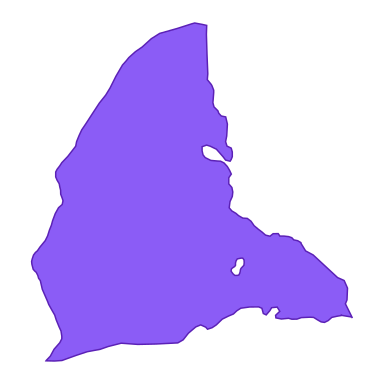 Åre, Jämtland, Sweden
{"feature_id": "70781695B29171482831525", "entity_name": "Åre", "entity_type": "district", "adm_level": 2, "iso_a3": "SWE", "parent_name": "Sweden", "parent_adm1": "Jämtland", "projection": "albers", "projection_center": [13.184, 63.496], "detail": "fine", "context": "isolated", "style": "filled", "palette": "violet", "viewbox_px": 384, "rotation_deg": 0, "n_neighbors": 0, "source": "geoboundaries", "source_scale": "gbopen_adm2", "svg_char_len": 2820}
<svg xmlns="http://www.w3.org/2000/svg" viewBox="0 0 384 384"><path d="M251.0,221.2L247.3,218.4L242.8,218.1L238.5,215.6L236.0,213.4L231.8,210.9L229.2,207.8L230.0,201.6L232.3,196.5L232.8,192.0L231.9,187.5L228.8,183.9L228.8,177.7L231.3,174.1L229.6,170.4L227.3,166.5L224.0,162.9L220.6,161.2L217.2,161.0L210.8,160.4L205.2,157.6L203.0,154.8L202.1,150.7L202.1,146.7L206.6,145.1L210.2,146.2L216.4,149.2L219.7,152.9L223.1,156.8L225.6,160.1L230.1,161.2L231.2,159.5L232.3,156.7L232.3,152.0L231.2,148.1L227.0,146.1L225.6,141.7L226.7,136.1L227.4,124.1L225.7,116.9L221.3,116.0L218.8,113.3L217.9,110.8L214.0,106.9L212.9,102.7L213.2,99.1L213.7,92.7L213.7,90.2L212.0,85.8L211.2,84.4L207.3,79.7L207.8,73.9L207.0,54.3L206.4,34.2L206.7,25.4L202.2,24.4L194.7,23.0L191.5,23.9L177.1,28.5L159.7,33.4L151.3,38.7L142.2,47.0L135.5,51.6L128.9,57.5L126.0,61.1L122.5,65.0L115.9,76.3L110.1,87.9L105.7,95.1L99.4,103.0L92.0,114.3L85.9,123.7L81.7,129.9L79.1,135.5L76.6,141.6L75.7,146.2L67.8,156.4L61.8,162.7L59.8,165.8L57.1,169.3L55.7,172.0L55.7,176.9L57.1,180.2L59.2,183.7L59.8,187.0L60.6,190.2L60.7,194.2L62.4,198.7L63.0,200.8L62.2,204.5L58.6,207.6L55.3,213.5L52.6,220.7L51.4,225.2L49.5,229.9L47.6,235.9L45.2,240.7L40.0,247.0L37.4,250.8L35.4,252.5L33.5,255.1L32.2,259.0L31.6,261.5L31.9,264.3L33.2,269.3L34.7,271.0L36.2,272.3L37.8,275.4L38.6,278.3L40.3,280.6L42.3,289.3L47.7,301.7L48.7,304.4L52.1,310.5L54.7,315.0L56.2,319.8L59.1,326.9L61.0,331.0L61.8,336.2L61.8,338.8L59.8,342.7L54.1,349.2L50.3,356.2L46.1,360.6L46.0,360.8L54.5,361.0L62.0,360.5L68.0,358.3L76.4,355.3L87.3,351.7L100.2,349.3L108.2,346.5L121.2,343.2L137.7,344.4L156.0,344.0L177.8,342.9L183.2,339.8L188.4,333.2L195.8,326.9L200.7,324.9L205.8,327.2L207.5,329.2L212.1,327.7L216.3,324.9L222.3,319.1L228.6,316.0L233.4,314.0L236.8,310.8L240.8,308.2L241.6,308.1L249.6,307.0L258.7,306.9L261.9,308.3L263.3,313.5L266.2,314.9L269.9,310.6L271.6,307.7L277.2,307.1L279.8,311.3L275.6,315.3L275.9,317.9L281.4,319.0L288.5,318.3L291.9,319.2L297.0,319.1L301.3,317.6L309.9,317.2L313.6,317.4L317.6,319.9L321.1,321.9L324.5,322.4L328.2,320.6L331.8,317.4L337.2,316.2L341.5,315.5L341.5,315.2L341.8,315.4L351.6,317.0L352.4,318.0L345.4,303.8L347.0,299.9L347.5,288.1L344.2,280.6L343.5,280.2L337.6,277.6L313.1,254.9L305.6,250.9L301.0,243.4L301.1,243.0L301.0,242.9L300.6,242.4L297.7,240.7L293.8,239.9L291.8,237.7L288.6,236.6L284.1,236.1L279.9,236.1L278.2,233.6L273.1,233.7L270.0,236.2L265.5,235.1L262.1,232.1L258.4,229.3L254.1,225.7L252.4,223.2L251.0,221.2ZM233.0,273.8L231.1,271.2L231.4,269.0L232.4,268.0L234.7,266.5L235.5,265.3L235.5,263.0L236.1,260.8L237.3,258.9L241.2,258.1L241.3,258.1L242.8,258.2L244.0,259.9L244.2,262.6L243.9,265.3L242.0,267.3L241.0,268.4L240.4,269.8L240.2,271.6L239.7,273.4L238.7,275.1L237.2,275.4L234.8,275.4L234.2,274.9L233.0,273.8Z" fill="#8b5cf6" stroke="#5b21b6" stroke-width="1.5"/></svg>